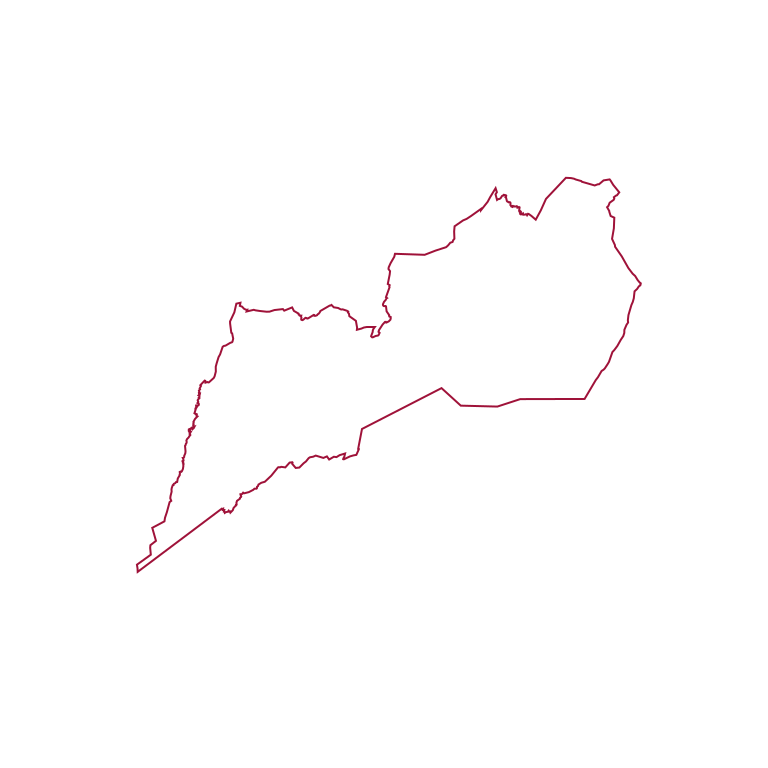 Eglaines pag., Ilukstes, Latvia (Equal Earth projection), rotated 309°
{"feature_id": "27541924B72731391973761", "entity_name": "Eglaines pag.", "entity_type": "district", "adm_level": 2, "iso_a3": "LVA", "parent_name": "Latvia", "parent_adm1": "Ilukstes", "projection": "equal_earth", "projection_center": [26.014, 55.971], "detail": "fine", "context": "isolated", "style": "outline", "palette": "rose", "viewbox_px": 768, "rotation_deg": 309, "n_neighbors": 0, "source": "geoboundaries", "source_scale": "gbopen_adm2", "svg_char_len": 6163}
<svg xmlns="http://www.w3.org/2000/svg" viewBox="0 0 768 768"><g transform="rotate(309 384 384)"><path d="M551.0,339.6L546.7,342.5L541.2,347.3L539.2,347.3L537.5,347.9L535.5,346.6L532.2,346.6L529.5,346.2L520.1,340.1L510.0,334.3L492.1,310.6L489.4,311.9L481.9,313.1L477.7,314.2L476.2,315.1L475.5,317.7L472.5,319.6L464.1,324.0L464.4,326.2L463.1,326.7L462.7,327.4L452.7,330.9L452.7,332.2L452.2,332.0L450.5,332.4L447.9,332.3L445.3,333.0L444.6,333.7L444.4,334.5L444.6,335.1L445.5,336.0L445.6,336.7L442.1,340.3L440.8,344.7L440.2,345.0L439.8,345.8L440.3,347.0L439.3,347.9L438.0,348.5L435.7,348.3L433.2,347.2L433.0,346.8L433.4,346.3L432.9,345.7L429.2,345.5L422.7,346.2L421.1,346.9L421.0,348.4L418.6,349.0L417.8,348.8L416.1,347.3L413.2,345.9L412.8,345.3L413.0,343.9L417.2,342.5L418.6,341.6L420.1,341.1L422.5,341.0L417.4,334.7L415.2,332.8L412.9,331.6L409.1,328.8L410.8,327.7L415.4,322.4L414.9,314.4L416.6,312.5L416.9,310.9L417.8,310.6L417.6,309.1L416.0,304.9L415.0,303.9L414.7,303.1L414.2,300.5L412.0,296.7L412.4,293.4L411.4,293.1L410.7,292.4L400.7,288.6L399.2,289.0L397.4,289.0L396.5,288.6L395.4,288.7L393.9,287.9L393.2,287.0L393.7,286.3L393.5,285.9L387.2,283.7L386.5,283.1L386.6,282.5L386.0,281.3L383.1,280.8L382.2,280.3L381.9,279.4L382.2,278.9L383.8,277.9L384.3,276.8L385.0,276.6L384.3,275.7L384.5,275.6L384.2,274.2L384.9,273.5L385.0,273.0L384.6,272.5L384.7,271.7L384.1,268.0L385.7,264.4L378.2,260.3L378.6,258.3L372.5,252.3L368.2,249.5L366.3,247.3L362.7,241.7L360.4,237.8L359.7,236.1L353.9,231.6L355.7,231.0L354.9,230.2L354.4,227.9L354.8,225.0L354.0,222.8L356.8,221.3L353.5,218.7L345.5,222.6L335.7,225.0L334.1,226.4L327.7,233.1L327.8,234.1L324.3,238.3L321.5,239.6L320.8,239.6L319.2,238.6L314.1,236.7L312.8,235.6L311.4,235.2L303.8,238.0L300.8,238.5L294.6,241.0L291.5,242.4L287.8,245.5L283.4,247.5L281.6,247.9L275.1,246.9L274.6,246.4L274.3,245.4L272.7,244.4L274.0,243.1L273.8,242.5L267.5,242.0L267.3,243.0L264.5,243.5L264.1,244.4L262.4,244.3L261.6,245.5L260.7,245.6L260.3,246.1L260.9,246.9L259.7,247.5L259.3,247.5L259.1,247.0L258.5,247.0L258.8,247.9L258.2,248.2L257.9,248.7L256.7,248.7L256.7,249.4L254.4,249.3L253.9,249.6L253.4,250.7L252.7,251.0L251.9,251.0L252.2,252.3L251.3,253.2L250.6,253.2L249.5,252.2L249.2,251.5L248.8,251.6L248.3,252.2L248.6,252.3L248.6,253.0L247.1,253.2L246.8,252.8L246.4,252.8L245.9,253.1L246.0,253.5L242.0,255.1L242.2,255.8L242.0,256.4L242.4,256.5L242.7,257.6L241.0,258.7L241.3,259.4L238.0,259.1L234.7,259.7L234.5,260.2L233.5,260.5L233.2,261.1L232.1,261.5L232.2,262.0L230.5,262.7L230.4,263.1L231.4,263.6L230.0,263.9L228.4,263.6L229.2,262.4L228.9,261.9L226.8,262.0L226.6,261.1L225.9,260.9L225.6,261.4L224.7,261.7L224.5,262.2L225.9,262.5L225.1,263.0L224.5,262.8L224.1,263.2L225.0,264.0L222.8,264.4L222.5,264.7L222.7,265.2L222.5,265.6L220.6,265.6L219.7,265.8L217.2,265.6L215.7,266.0L214.8,267.1L214.0,267.6L212.7,267.7L211.8,268.2L210.7,268.3L206.8,272.1L205.1,273.2L202.3,274.0L201.6,274.6L200.4,274.7L199.9,274.2L199.3,275.3L198.4,276.3L197.2,275.9L196.9,276.4L197.1,276.5L197.0,277.1L196.1,277.5L196.2,278.0L195.6,278.7L195.0,278.7L194.0,279.7L191.4,281.2L189.1,281.8L188.3,281.8L188.1,281.1L187.1,280.6L185.7,282.0L184.9,282.2L184.7,282.6L180.8,283.2L177.7,284.9L176.9,284.1L175.6,284.2L174.2,283.5L173.5,283.6L173.0,284.0L172.4,283.5L169.6,284.5L168.2,285.3L166.7,286.7L162.6,288.6L160.7,289.8L159.3,292.2L157.3,291.7L147.8,295.9L142.2,298.0L139.1,299.8L126.4,294.4L118.6,305.5L111.7,303.9L109.5,305.4L104.6,310.2L88.1,305.7L85.6,308.5L83.0,310.8L184.7,336.3L184.6,336.6L185.9,337.4L184.7,338.1L185.6,339.2L184.0,339.9L184.3,340.7L183.7,341.4L184.9,341.8L186.4,343.0L187.8,343.0L187.4,344.1L188.1,344.6L187.4,345.6L190.8,345.9L193.0,345.1L196.4,345.3L197.0,344.9L197.2,345.0L197.0,345.4L197.5,345.4L198.9,344.0L200.7,343.3L204.2,344.2L205.1,343.7L206.2,344.0L206.8,343.8L207.7,342.0L208.0,341.8L208.4,342.5L209.2,342.9L210.9,342.9L210.9,344.0L214.9,347.0L219.5,349.0L221.1,349.2L222.4,350.8L223.1,350.8L224.2,350.0L225.5,350.3L226.8,349.7L230.0,350.8L233.0,352.9L241.8,354.1L252.5,354.1L253.3,354.7L253.7,355.6L254.9,356.2L257.1,359.8L263.5,360.1L265.5,362.0L265.4,362.4L264.2,362.9L263.2,368.2L265.8,370.8L271.8,371.4L274.7,372.1L279.0,372.1L280.5,372.6L282.9,374.7L285.4,376.0L288.4,383.4L291.8,385.2L290.8,388.9L295.9,390.8L297.3,393.1L300.8,394.3L305.5,397.5L302.5,398.9L300.4,399.3L299.9,399.6L300.2,400.2L306.3,403.1L309.3,405.2L311.5,407.1L317.5,405.5L317.7,405.3L317.4,404.7L335.2,395.2L417.0,431.3L415.5,457.3L437.8,486.3L458.0,499.4L498.6,549.3L520.3,546.1L523.9,546.0L531.1,544.9L533.2,545.6L535.0,545.8L540.1,545.3L542.8,544.9L552.6,541.4L555.2,541.6L560.4,541.4L567.4,540.2L571.8,539.8L574.9,538.6L577.4,536.7L582.7,535.2L585.4,535.0L587.0,533.4L591.4,530.6L601.0,526.6L604.3,525.7L607.8,524.2L613.7,520.4L617.2,520.9L620.2,520.6L622.0,521.1L623.0,520.4L623.5,520.5L623.9,520.0L623.8,518.7L624.4,515.7L626.0,511.2L626.2,507.8L627.9,500.9L632.8,488.5L636.1,477.2L637.3,476.0L640.3,469.9L649.6,464.7L658.2,458.3L657.2,454.4L659.7,450.6L660.2,450.2L661.8,446.1L663.7,446.3L666.9,445.3L671.6,446.6L673.0,446.3L673.8,445.1L676.6,445.8L677.3,446.3L681.0,446.2L683.0,436.8L684.7,432.0L685.0,430.6L680.4,426.5L674.5,425.4L673.8,424.5L670.9,422.8L665.7,410.5L665.9,409.7L663.6,404.3L663.1,402.4L661.7,399.7L658.7,395.6L629.8,393.4L617.6,396.6L607.2,398.5L607.4,392.8L607.2,389.5L606.9,388.8L605.2,389.0L605.6,388.0L605.4,387.5L604.5,387.1L603.2,385.7L604.0,384.7L602.8,384.4L601.9,383.6L601.9,383.2L602.9,383.4L603.1,383.2L602.9,382.8L602.3,382.6L602.4,382.2L604.0,381.9L604.0,381.6L603.5,381.1L603.9,380.9L603.5,380.4L603.5,380.1L606.6,378.2L606.5,377.5L605.0,376.7L605.8,375.6L605.7,375.2L605.0,374.8L604.1,373.8L604.0,373.0L602.4,372.5L602.3,372.1L603.0,371.6L602.2,370.9L602.5,370.5L602.6,369.6L604.2,368.5L604.5,368.0L604.5,367.3L603.6,366.5L603.7,365.7L603.4,365.2L603.5,364.4L605.7,361.5L605.6,360.9L607.2,360.6L607.4,360.2L607.0,359.1L606.3,358.7L606.6,358.4L606.4,358.0L605.8,358.0L604.4,357.4L601.7,357.7L600.5,357.3L599.4,356.3L598.2,356.0L601.6,351.3L604.1,351.0L606.4,347.5L596.1,348.9L590.8,349.9L580.2,350.0L581.2,349.2L569.3,345.9L564.3,344.3L560.9,342.5L551.0,339.6Z" fill="none" stroke="#9f1239" stroke-width="2"/></g></svg>